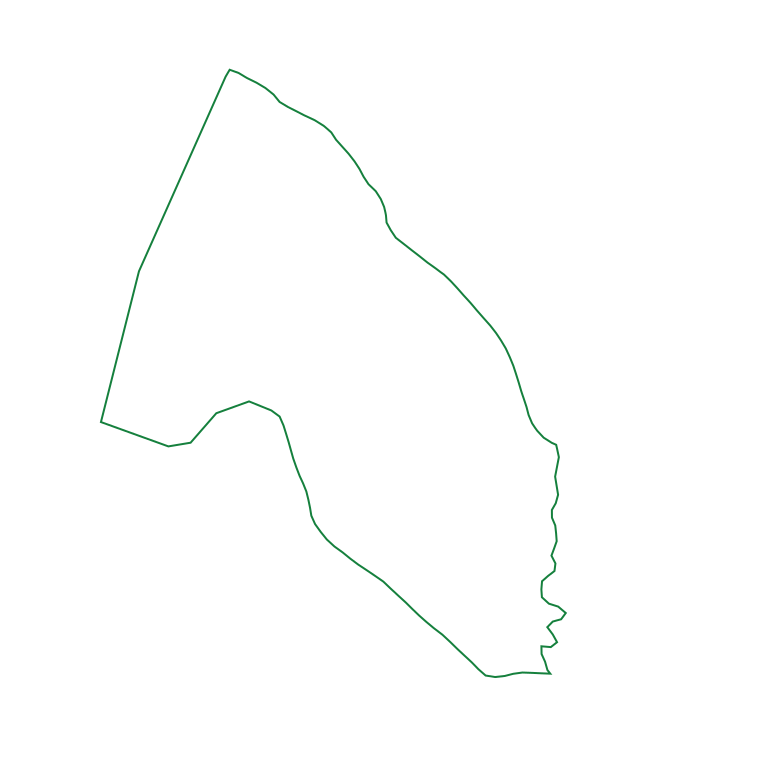 the district of Dahr, Shabwah, Yemen, rotated 294°
{"feature_id": "15242507B29053891717332", "entity_name": "Dahr", "entity_type": "district", "adm_level": 2, "iso_a3": "YEM", "parent_name": "Yemen", "parent_adm1": "Shabwah", "projection": "equal_earth", "projection_center": [47.604, 15.508], "detail": "fine", "context": "isolated", "style": "outline", "palette": "green", "viewbox_px": 768, "rotation_deg": 294, "n_neighbors": 0, "source": "geoboundaries", "source_scale": "gbopen_adm2", "svg_char_len": 2218}
<svg xmlns="http://www.w3.org/2000/svg" viewBox="0 0 768 768"><g transform="rotate(294 384 384)"><path d="M234.1,140.9L239.3,212.4L251.7,231.2L289.1,242.7L313.2,267.8L314.0,291.9L311.8,301.9L305.2,309.1L298.6,314.9L291.9,320.7L285.5,326.0L279.0,331.4L272.2,337.8L265.8,344.2L260.3,350.5L254.2,356.8L247.5,362.0L240.8,366.8L234.1,371.2L228.0,378.0L223.1,386.4L218.7,395.0L215.4,404.8L213.3,414.8L210.7,424.4L208.5,434.1L206.9,443.7L205.0,454.3L203.2,463.8L200.0,472.7L196.5,483.0L193.2,492.9L189.9,501.6L186.7,510.5L183.8,519.7L181.2,528.9L178.7,539.4L175.3,549.3L171.6,559.3L168.5,568.3L165.4,577.4L161.9,586.1L159.0,595.4L161.5,604.7L166.4,613.1L171.8,619.9L176.7,627.8L180.3,636.7L183.7,645.4L187.0,653.7L189.2,649.6L195.8,644.1L201.4,637.8L208.4,634.5L211.5,643.4L218.5,647.1L223.8,640.1L228.3,632.1L235.6,634.8L238.2,637.9L241.1,641.5L248.7,643.2L251.5,633.7L250.4,624.0L253.4,615.0L260.4,611.3L268.1,608.6L275.5,612.0L282.5,615.8L289.8,613.6L295.3,606.8L303.0,606.3L310.6,605.7L317.5,602.0L324.4,598.0L330.2,591.8L337.2,588.6L344.9,589.4L353.6,588.1L369.0,578.0L388.3,573.5L395.3,568.4L398.5,566.0L398.5,565.5L398.5,561.2L399.9,551.7L403.6,543.0L405.4,539.9L408.3,535.3L409.9,533.6L414.5,528.7L420.4,524.0L420.9,523.6L421.9,522.7L427.4,517.7L430.4,514.9L433.5,512.1L437.5,508.7L440.2,506.4L447.0,500.4L453.3,494.7L459.6,488.1L466.0,480.8L471.3,473.3L472.9,470.8L476.1,465.7L477.3,463.5L480.5,457.5L484.9,447.8L489.0,438.9L492.3,432.1L493.3,430.0L496.4,422.9L497.3,420.8L501.2,412.3L505.0,403.5L508.4,394.2L509.2,390.3L510.6,384.3L512.6,374.4L513.4,371.3L515.1,364.8L517.5,354.9L520.0,345.0L521.2,340.1L522.4,335.3L527.2,327.7L532.5,320.7L538.5,317.4L539.3,316.9L541.3,315.5L545.8,312.1L551.7,305.8L556.1,299.1L556.8,298.0L560.2,288.6L563.8,283.0L565.0,281.1L570.5,274.1L575.4,266.5L578.3,261.1L579.9,258.1L583.8,249.4L587.6,240.9L592.4,233.5L594.8,225.8L595.3,224.0L596.8,213.4L597.0,203.4L597.0,202.0L597.5,193.6L598.0,183.6L599.2,173.9L603.5,165.4L606.2,155.1L606.3,154.1L607.4,145.0L607.8,134.5L608.1,131.8L608.4,129.6L609.0,124.6L608.3,115.2L604.0,114.7L600.3,114.3L596.5,114.3L593.2,114.3L524.6,114.3L459.9,114.3L423.5,114.3L387.3,114.3L234.1,140.9Z" fill="none" stroke="#15803d" stroke-width="2"/></g></svg>